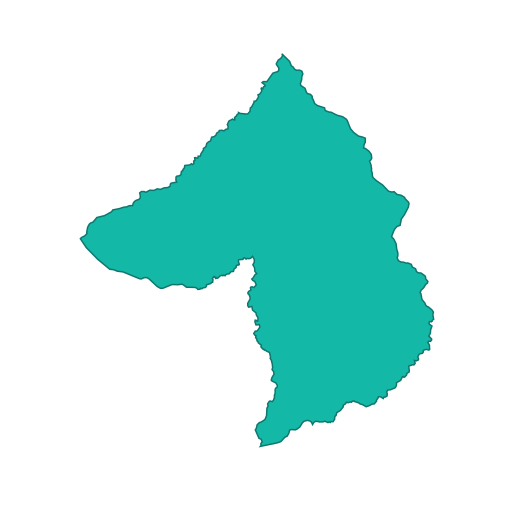 outline of Nipepe, Niassa, Mozambique, rotated 252°
{"feature_id": "85939544B55402666252817", "entity_name": "Nipepe", "entity_type": "district", "adm_level": 2, "iso_a3": "MOZ", "parent_name": "Mozambique", "parent_adm1": "Niassa", "projection": "mercator", "projection_center": [37.842, -13.907], "detail": "fine", "context": "isolated", "style": "filled", "palette": "teal", "viewbox_px": 512, "rotation_deg": 252, "n_neighbors": 0, "source": "geoboundaries", "source_scale": "gbopen_adm2", "svg_char_len": 6080}
<svg xmlns="http://www.w3.org/2000/svg" viewBox="0 0 512 512"><g transform="rotate(252 256 256)"><path d="M316.4,97.2L301.7,104.5L288.6,112.8L287.0,116.3L284.4,119.4L281.9,124.7L270.3,138.3L269.6,139.9L270.0,142.7L269.2,145.5L267.3,147.2L257.6,152.6L254.8,155.1L254.1,157.4L254.8,167.4L252.8,172.9L252.1,176.7L251.3,177.8L247.8,180.2L245.0,188.2L243.7,189.8L242.2,190.3L241.7,192.4L242.4,193.2L241.6,194.4L242.1,195.8L241.7,198.0L242.4,199.4L243.9,200.1L243.8,204.6L244.8,205.6L244.4,206.6L246.8,207.8L248.1,207.6L249.5,209.7L249.2,210.3L248.2,210.3L248.0,211.1L247.1,210.8L246.8,213.0L248.1,215.4L248.2,217.4L247.5,218.4L247.9,218.9L246.8,220.5L247.5,221.2L247.8,223.5L247.3,224.8L248.8,227.4L248.3,229.8L250.3,231.0L251.2,233.5L252.9,234.3L253.2,236.0L252.7,236.8L253.2,237.5L256.7,237.7L257.8,238.4L256.8,242.5L257.9,243.5L258.0,244.4L256.1,245.6L256.4,247.1L255.7,248.2L255.5,250.2L256.7,252.6L253.0,253.3L250.6,252.4L248.6,250.3L245.4,251.0L241.7,250.2L239.0,251.2L238.6,249.4L235.8,246.1L235.4,244.9L233.8,245.4L232.1,247.0L228.4,247.3L226.7,244.3L227.8,242.9L228.1,241.6L227.5,240.9L225.2,240.6L224.6,238.1L223.5,236.9L222.7,236.7L221.5,237.4L219.1,237.6L217.0,237.2L213.6,233.5L211.2,232.8L209.6,233.2L209.3,236.5L205.7,236.0L202.0,238.4L199.6,238.1L196.6,238.8L193.7,237.7L193.6,236.9L195.0,236.1L195.2,235.3L193.6,234.6L190.4,234.7L189.7,237.9L187.2,237.7L184.6,234.3L184.3,233.4L184.8,232.1L183.0,229.9L181.0,230.5L180.3,231.3L178.3,230.4L177.3,231.0L174.7,230.8L173.7,231.5L172.6,231.4L169.5,233.5L168.0,232.6L165.3,233.8L164.9,234.7L164.0,234.8L163.3,236.1L162.4,236.5L160.1,239.0L155.4,238.6L154.2,237.8L152.3,238.4L148.4,238.1L144.8,237.4L143.1,236.2L140.7,237.0L138.2,236.7L135.3,233.5L133.2,232.1L132.2,232.5L129.2,235.6L126.3,236.3L124.8,235.7L124.1,233.7L123.2,233.0L118.9,231.5L118.0,230.5L115.9,229.9L113.4,228.0L112.5,226.4L113.7,224.7L113.7,223.7L111.7,221.3L109.4,221.1L108.0,219.4L100.9,216.7L97.6,213.9L96.4,209.1L96.6,207.9L95.2,205.0L91.7,202.8L90.9,201.6L81.7,202.5L80.1,204.3L77.2,204.4L76.3,202.8L74.3,202.2L73.6,201.3L71.7,218.7L71.8,222.3L74.7,227.4L75.0,229.9L77.1,232.3L80.1,234.3L80.0,236.0L78.5,239.8L78.7,241.6L79.9,244.9L83.0,248.6L84.0,250.7L83.8,253.9L82.8,255.9L80.9,257.4L78.2,257.7L79.9,259.6L80.3,261.0L80.0,262.8L78.5,265.2L77.5,268.7L77.6,270.4L75.3,273.0L75.6,274.4L74.7,275.1L75.3,276.1L74.6,278.1L76.4,280.3L79.1,281.4L79.5,282.8L82.0,284.3L83.1,288.7L85.6,292.4L87.2,293.0L87.7,295.3L88.9,296.9L88.0,298.3L88.1,300.3L87.4,301.6L88.1,302.7L87.7,304.6L87.0,304.9L84.7,308.2L83.2,309.2L81.7,311.4L78.6,314.2L78.7,318.1L79.3,320.3L78.8,322.8L80.7,325.8L81.7,326.0L83.0,328.0L84.3,328.9L83.6,330.9L81.1,333.0L82.2,334.0L81.9,335.4L82.4,337.4L84.4,338.3L86.3,338.2L87.8,339.9L87.2,342.6L87.7,347.8L89.4,349.5L92.1,350.5L93.0,355.1L95.9,357.9L95.9,358.7L94.9,359.2L95.0,360.1L96.2,362.4L97.7,363.2L98.3,365.7L99.3,366.3L104.1,367.2L104.2,371.2L103.6,372.5L104.7,374.2L107.7,374.4L106.7,376.2L106.9,378.1L107.8,378.8L110.2,378.7L112.4,381.2L112.0,384.2L112.9,385.4L113.9,385.5L114.7,386.8L114.6,389.0L113.1,391.4L113.5,392.3L117.8,393.4L120.8,392.7L121.5,394.0L120.9,395.7L122.0,397.2L122.9,397.3L126.5,395.6L128.5,397.9L131.9,399.3L135.0,401.7L137.8,399.7L139.6,400.2L140.0,401.0L139.2,402.5L139.7,403.5L140.4,403.7L140.9,405.4L145.7,406.1L147.8,407.4L150.5,406.6L154.4,404.1L155.3,402.9L157.3,402.1L159.0,402.1L163.4,400.4L169.3,401.2L170.5,400.7L172.5,402.6L174.0,405.7L176.6,408.7L177.2,410.6L178.7,411.6L181.9,410.3L183.8,410.8L185.0,410.5L188.8,407.7L189.8,405.2L191.6,403.8L194.6,403.8L197.1,401.3L200.1,401.1L202.5,398.2L202.7,396.9L204.6,394.3L205.5,392.0L207.6,390.0L211.0,389.7L212.1,390.9L215.3,391.9L218.7,391.9L224.3,393.0L229.4,392.3L232.5,390.9L237.7,395.1L239.2,396.9L240.6,399.5L240.6,402.5L246.3,405.7L249.4,409.9L255.2,415.8L258.5,417.7L260.0,417.7L264.5,415.5L265.9,415.4L268.9,412.8L271.0,409.1L274.5,407.2L274.8,405.1L276.6,402.1L284.5,398.3L290.4,393.8L294.1,391.7L295.8,391.4L299.9,392.3L301.1,392.0L302.9,392.8L306.9,393.5L311.2,393.3L311.9,394.9L313.3,396.3L317.0,397.0L320.6,395.9L324.3,393.4L325.6,391.7L328.8,393.4L330.3,395.0L334.2,396.4L336.2,394.1L338.4,390.5L343.4,387.0L347.9,385.2L356.9,384.6L358.6,383.9L361.7,381.4L365.0,376.4L369.6,371.8L370.1,370.3L372.4,367.4L373.3,366.7L375.7,367.0L380.1,360.9L382.9,358.9L387.2,358.7L388.7,358.2L390.0,358.7L391.4,358.6L393.1,357.5L394.5,355.2L395.9,354.6L400.4,354.4L404.3,351.3L406.3,351.5L409.4,353.8L412.8,355.2L414.6,356.8L417.5,356.8L419.3,354.9L420.2,351.8L421.8,350.4L424.5,349.6L425.8,348.4L430.7,348.1L440.3,343.1L438.4,343.2L437.5,342.3L436.3,340.6L435.5,337.8L432.7,334.8L431.8,334.6L427.7,335.8L425.3,334.8L424.7,333.6L424.7,328.6L418.5,320.3L419.6,316.7L419.0,315.3L415.9,317.3L414.8,317.1L414.6,315.4L413.0,314.2L414.1,313.1L413.6,312.6L411.4,312.6L410.4,311.7L408.8,309.5L408.7,307.7L406.6,307.6L404.0,304.7L403.4,303.4L403.8,302.0L402.7,301.6L399.1,297.9L398.6,296.4L395.4,294.9L393.8,292.3L393.8,291.2L396.5,285.0L397.9,283.7L396.7,283.3L396.5,281.9L395.4,280.8L394.3,278.4L392.1,278.0L392.1,277.1L393.5,276.1L392.7,271.9L389.8,269.3L388.2,269.6L385.6,268.6L385.8,266.3L384.9,264.2L386.1,262.5L386.7,259.9L385.6,259.0L385.0,256.5L383.4,255.4L382.5,253.2L382.7,250.5L379.5,248.3L379.2,246.0L378.3,244.0L375.4,242.1L374.5,239.2L373.1,238.8L370.3,235.3L368.2,233.9L368.8,231.8L367.3,231.2L367.2,230.2L368.2,229.1L368.4,228.0L366.0,227.6L365.5,226.0L363.3,225.7L362.6,223.9L363.7,223.1L363.1,221.0L364.1,216.3L361.7,214.9L360.9,213.3L359.8,212.8L359.5,211.2L356.5,209.7L356.0,207.7L356.4,205.4L355.9,204.4L353.0,203.3L350.8,203.4L351.5,197.8L350.9,196.8L348.8,195.8L348.4,193.2L349.2,189.7L348.9,185.6L350.4,182.8L349.9,179.3L351.4,175.3L350.6,171.0L351.9,169.5L352.7,166.9L352.0,164.9L348.8,164.5L346.9,163.7L346.0,162.2L346.0,159.2L345.3,157.1L344.2,155.6L342.1,154.2L343.0,151.1L342.7,148.1L343.3,145.1L343.3,140.5L344.1,134.1L342.7,132.3L341.2,124.3L341.8,116.6L338.6,111.5L338.5,109.0L337.8,107.3L335.4,104.8L331.0,102.4L329.5,102.1L328.0,99.2L327.5,95.7L326.7,94.3L316.4,97.2Z" fill="#14b8a6" stroke="#0f766e" stroke-width="1.5"/></g></svg>